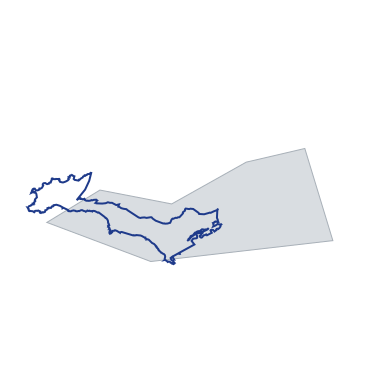 location of East Mahe, Anse Royale, Seychelles, rotated 112°
{"feature_id": "34574756B49819614716360", "entity_name": "East Mahe", "entity_type": "district", "adm_level": 2, "iso_a3": "SYC", "parent_name": "Seychelles", "parent_adm1": "Anse Royale", "projection": "natural_earth1", "projection_center": [55.513, -4.728], "detail": "fine", "context": "in_parent", "style": "outline", "palette": "blue", "viewbox_px": 384, "rotation_deg": 112, "n_neighbors": 0, "source": "geoboundaries", "source_scale": "gbopen_adm2", "svg_char_len": 6324}
<svg xmlns="http://www.w3.org/2000/svg" viewBox="0 0 384 384"><g transform="rotate(112 192 192)"><path d="M271.9,204.2L274.6,315.2L224.7,278.1L210.7,206.4L144.0,152.9L109.4,103.7L184.3,43.2L271.9,204.2Z" fill="#d9dde1" stroke="#a8b0b8" stroke-width="1"/><path d="M211.0,153.0L211.8,153.4L211.7,154.4L212.3,156.4L214.2,157.6L216.0,159.4L214.9,159.3L214.3,160.0L213.5,160.1L212.9,160.9L212.4,160.3L211.3,159.9L210.7,159.4L210.8,159.0L210.3,158.6L210.2,157.9L210.5,157.0L210.0,156.3L209.2,157.2L208.4,157.5L206.6,159.2L199.7,161.6L197.6,161.6L199.4,162.0L201.9,164.7L203.8,166.4L204.3,166.9L204.4,167.7L204.9,168.3L208.1,172.4L209.7,177.2L208.9,178.0L207.3,184.5L208.1,187.3L208.9,188.2L209.7,191.6L210.7,192.0L211.5,191.6L212.2,191.6L213.8,192.7L214.5,192.8L215.1,192.4L215.9,192.6L220.1,194.2L220.7,195.5L221.7,196.3L222.0,197.5L223.9,199.4L224.0,200.1L225.1,200.6L228.7,200.7L230.4,202.9L231.5,205.2L231.5,206.1L232.0,206.9L232.2,214.9L231.4,218.4L230.6,220.0L230.9,220.9L233.0,224.4L233.4,226.6L234.6,229.0L235.4,230.1L235.6,232.0L233.0,245.1L232.5,246.3L233.2,249.2L233.5,251.6L233.1,253.3L233.2,254.9L230.8,255.0L232.5,257.4L232.0,262.1L232.8,264.2L233.0,266.1L234.7,267.8L236.4,271.0L238.3,276.3L238.0,276.5L238.2,277.3L237.2,276.9L236.0,277.1L235.4,276.7L235.0,277.9L236.1,280.2L237.2,281.5L237.2,282.3L238.0,282.9L238.9,284.4L239.1,285.5L239.5,286.0L239.7,287.5L239.2,288.2L239.4,288.5L238.7,289.3L239.2,289.7L240.3,292.7L239.5,293.0L239.5,293.4L239.9,294.0L242.7,295.9L229.8,292.0L220.1,291.5L212.1,292.6L212.2,293.2L213.6,293.7L214.6,295.6L215.1,295.7L215.8,296.4L216.0,296.3L216.6,297.1L217.0,297.2L216.9,297.9L217.7,298.0L218.5,298.8L219.5,298.8L221.0,300.0L222.2,300.5L222.8,301.3L223.2,301.1L223.7,301.8L224.0,301.7L224.7,305.4L224.2,306.6L221.5,306.9L221.6,308.6L221.4,308.7L221.2,309.7L221.6,309.8L221.8,310.5L222.6,311.3L223.0,311.1L223.6,311.4L223.8,311.1L224.2,311.4L224.5,311.2L224.6,312.0L225.2,311.7L226.1,311.7L226.6,311.0L227.9,311.6L229.7,313.1L231.3,314.9L231.7,315.9L232.0,318.2L231.1,319.4L230.8,319.3L230.5,320.0L229.8,319.7L229.6,320.0L230.5,321.9L230.8,323.0L231.2,323.3L231.6,324.3L232.0,325.5L232.0,325.9L231.7,326.1L231.8,326.8L232.3,327.0L233.3,326.5L234.0,326.8L234.9,326.7L235.1,326.5L236.3,326.6L236.6,327.6L237.8,328.2L238.0,328.0L239.0,329.3L238.7,331.5L239.6,333.0L240.7,333.3L241.5,333.0L241.8,332.4L243.1,332.5L244.8,332.9L245.8,334.1L245.9,334.8L246.8,334.8L247.0,334.5L247.4,334.8L248.2,335.6L248.9,337.0L248.9,337.4L247.8,339.0L248.1,339.9L248.7,340.5L249.4,340.8L249.7,340.7L249.6,340.4L250.4,340.8L250.7,340.4L251.6,340.7L251.9,340.4L252.2,340.5L252.1,340.2L252.6,340.3L251.4,339.2L251.2,338.9L251.6,338.2L250.9,338.0L250.9,337.5L251.7,336.0L252.4,335.4L255.1,333.8L257.6,334.8L258.7,334.6L258.7,334.2L259.1,333.9L259.9,334.4L260.9,334.2L261.3,334.7L261.7,334.5L261.9,334.7L262.1,334.4L262.5,335.2L263.0,334.6L263.4,335.4L264.9,336.3L264.9,336.6L265.3,336.7L266.2,337.8L267.9,338.3L268.3,338.0L268.3,338.3L269.0,337.4L269.0,337.2L269.3,337.2L270.0,336.6L270.0,336.1L270.6,335.8L270.5,335.2L270.2,335.0L269.5,332.4L269.9,330.7L269.5,330.5L268.8,330.7L268.3,330.4L267.7,329.4L267.5,328.4L266.8,327.7L266.9,325.7L267.5,325.8L268.1,325.3L268.1,324.2L267.3,323.8L267.0,322.7L266.5,322.6L266.4,321.8L265.5,320.9L264.4,320.9L264.0,321.2L262.9,320.0L261.6,319.8L261.3,319.3L260.9,319.7L260.6,319.1L260.1,318.9L259.9,317.5L259.5,317.3L259.4,316.7L257.7,316.4L257.4,315.9L257.4,315.5L256.9,315.2L256.1,315.4L254.6,312.9L254.3,309.3L254.6,307.0L254.8,305.9L255.2,306.2L255.6,306.0L254.8,305.4L255.1,300.5L255.2,300.2L255.4,300.4L255.8,300.1L256.0,299.3L255.3,297.1L254.7,296.7L253.5,295.0L253.1,292.9L253.3,292.6L253.0,291.3L252.1,290.1L252.0,289.5L250.4,288.0L250.0,287.1L250.1,285.2L249.8,283.3L250.0,283.1L249.4,282.5L248.4,282.1L248.4,281.0L247.7,279.9L247.9,279.3L247.4,278.0L247.4,277.3L247.0,277.4L246.3,276.0L246.1,274.9L246.4,271.4L245.9,270.9L247.8,263.8L248.5,262.4L248.3,262.2L248.6,261.2L249.3,260.1L250.4,259.0L252.1,258.2L252.3,257.7L253.5,256.6L253.8,256.8L254.0,256.5L254.3,256.8L254.4,256.5L255.0,256.4L255.3,256.8L255.7,256.8L255.7,256.2L256.3,255.1L256.8,255.1L256.6,254.9L256.8,254.6L257.5,254.2L257.9,253.5L258.6,253.7L258.9,252.6L259.4,252.8L259.8,252.5L260.3,253.3L260.6,252.9L260.8,253.2L261.2,253.0L261.4,252.6L260.9,252.4L260.9,251.8L260.3,251.4L259.8,251.5L259.1,250.9L257.8,251.1L256.9,249.4L256.3,249.1L256.2,247.2L256.8,243.5L256.3,243.6L255.4,242.2L254.3,230.2L253.8,229.8L253.9,229.2L253.2,227.8L252.9,227.7L252.7,227.2L251.6,223.4L251.6,222.1L252.1,218.1L251.8,218.5L251.7,218.2L252.6,217.8L252.5,216.8L252.7,216.2L252.9,216.2L252.5,215.6L252.4,214.3L254.2,210.0L254.4,207.7L255.5,205.2L255.8,205.3L256.4,204.4L255.2,204.2L256.4,204.3L257.4,202.0L257.9,201.5L258.1,201.6L258.6,200.9L258.5,200.7L259.8,197.9L259.6,197.6L260.1,196.2L260.0,195.0L260.7,193.5L262.1,192.6L264.2,192.3L264.7,191.6L265.3,191.9L264.9,191.3L265.3,190.4L265.5,188.8L265.8,188.7L266.0,188.2L265.2,187.6L265.0,186.9L265.1,186.1L265.6,185.4L265.3,183.9L265.9,183.4L265.6,182.9L265.8,182.2L265.0,181.6L264.5,181.8L264.3,181.6L263.6,183.1L262.8,183.4L263.1,184.0L262.9,185.5L261.2,187.1L259.3,186.0L260.9,184.1L260.9,183.8L259.2,185.9L253.9,181.6L254.2,180.7L253.9,180.1L253.0,180.9L239.8,170.1L237.5,174.1L234.8,173.4L233.2,170.5L232.5,170.1L230.7,170.9L230.2,171.7L229.7,172.9L229.3,172.9L229.4,172.3L228.3,171.5L226.6,168.4L225.7,167.2L225.4,167.4L225.4,166.9L225.8,166.8L227.0,167.4L228.1,167.5L229.8,168.4L230.4,168.1L230.9,166.9L230.7,166.0L230.0,165.5L229.0,165.6L228.4,165.0L227.6,164.8L227.1,163.8L226.0,163.0L226.5,161.9L222.4,158.4L220.8,160.4L220.1,160.2L219.4,158.9L219.3,158.1L220.7,155.5L220.1,156.5L218.3,155.1L217.8,155.5L217.0,155.3L216.5,154.7L216.5,153.8L215.1,153.1L213.4,152.7L212.5,152.9L212.2,153.3L211.1,152.7L211.0,153.0ZM219.3,163.0L220.6,163.4L221.8,164.3L225.3,167.6L226.8,169.9L227.8,172.3L228.5,172.9L231.4,174.1L233.6,175.7L237.5,176.9L238.4,177.6L238.3,177.8L237.8,177.7L237.6,178.1L237.8,177.4L237.4,177.2L236.9,177.6L235.2,176.8L233.4,176.7L231.3,174.5L230.5,174.6L228.6,174.0L228.3,173.3L227.8,173.1L227.9,172.9L227.3,172.3L227.1,172.5L226.6,172.1L226.7,171.6L226.3,171.9L225.6,170.9L225.3,169.9L224.4,169.4L224.1,169.5L223.3,168.8L222.8,168.7L222.1,165.8L221.7,165.5L221.2,164.3L219.3,163.0Z" fill="none" stroke="#1e3a8a" stroke-width="2"/></g></svg>